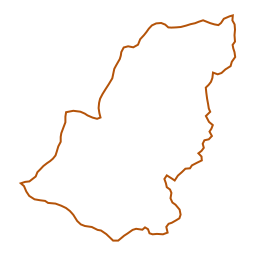 Ubarana, São Paulo, Brazil
{"feature_id": "56859067B24537762234151", "entity_name": "Ubarana", "entity_type": "district", "adm_level": 2, "iso_a3": "BRA", "parent_name": "Brazil", "parent_adm1": "São Paulo", "projection": "robinson", "projection_center": [-49.743, -21.216], "detail": "fine", "context": "isolated", "style": "outline", "palette": "amber", "viewbox_px": 256, "rotation_deg": 0, "n_neighbors": 0, "source": "geoboundaries", "source_scale": "gbopen_adm2", "svg_char_len": 2001}
<svg xmlns="http://www.w3.org/2000/svg" viewBox="0 0 256 256"><path d="M210.2,111.8L208.8,108.5L208.1,104.1L207.1,98.7L206.3,92.7L205.8,87.6L208.7,84.8L211.0,81.8L212.4,77.9L213.0,72.6L217.7,74.3L221.5,73.0L225.4,69.4L230.6,66.1L231.8,61.8L235.2,57.0L234.5,52.1L233.3,48.5L232.6,44.9L235.0,41.6L234.5,35.2L235.0,29.7L234.6,24.4L232.4,20.4L232.8,15.4L229.6,16.3L223.8,18.8L221.0,23.0L218.4,25.1L214.5,24.4L210.1,23.1L203.1,20.3L198.6,21.8L195.1,23.2L190.5,24.2L186.1,25.6L180.8,27.0L175.9,27.4L171.4,27.6L168.3,27.4L165.2,24.6L161.2,23.0L156.2,23.4L151.9,25.4L148.8,28.7L146.4,32.1L144.0,35.1L140.2,39.2L138.0,44.7L133.3,47.3L128.1,46.3L123.7,47.5L121.3,52.1L120.8,55.6L119.8,59.0L116.3,65.1L114.3,68.8L113.5,72.6L112.3,78.3L108.9,84.0L105.6,89.1L102.5,94.1L100.1,98.7L99.1,102.8L98.6,108.1L99.4,113.2L100.5,117.5L97.1,118.8L92.6,117.6L87.5,115.4L84.8,113.6L80.4,111.7L73.3,110.8L66.1,112.2L65.4,116.6L65.4,122.3L63.4,127.6L61.3,133.2L60.7,136.9L60.7,141.8L58.3,146.4L56.7,151.8L55.5,155.5L52.9,158.7L50.1,161.1L47.0,163.2L43.4,166.0L40.1,169.5L37.4,172.2L35.7,176.5L29.4,181.4L25.1,181.9L20.8,183.3L24.0,186.1L26.3,191.5L29.2,195.9L34.5,199.3L40.3,200.3L45.1,200.9L48.0,202.9L55.5,203.6L61.2,205.7L66.0,208.0L69.9,211.0L73.3,214.8L77.2,221.0L80.8,224.4L84.9,226.0L91.8,227.0L97.6,229.9L101.0,230.5L106.3,234.1L113.1,240.6L118.2,240.6L124.1,235.7L127.5,233.5L132.6,229.9L136.1,228.8L142.4,229.7L145.0,227.4L148.0,229.2L149.5,233.3L152.6,234.3L156.9,233.9L163.0,234.3L167.6,232.6L166.3,226.9L168.6,223.8L171.7,222.8L176.1,220.3L179.4,218.3L180.6,214.6L179.6,209.6L175.5,204.7L172.4,202.5L170.5,198.3L171.4,192.9L170.0,189.5L166.8,187.2L165.9,183.2L164.4,179.0L166.8,175.4L171.6,178.4L174.7,180.5L177.9,175.6L181.9,172.1L185.4,168.7L190.0,168.3L191.9,165.4L196.7,162.9L201.8,160.4L201.5,156.5L198.4,153.3L201.5,150.9L203.8,147.8L202.7,143.8L204.4,140.3L208.8,139.3L211.9,136.0L209.5,131.6L211.4,128.7L212.8,125.1L209.0,121.9L205.9,116.0L210.2,111.8Z" fill="none" stroke="#b45309" stroke-width="2"/></svg>